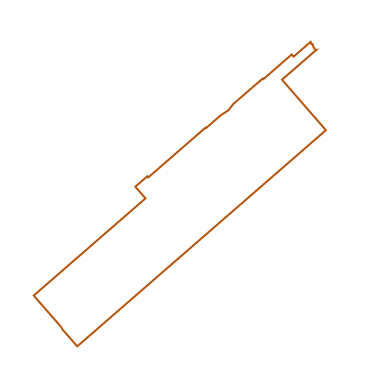 the district of Navajo, Arizona, United States of America, rotated 229°
{"feature_id": "52423323B83526967033235", "entity_name": "Navajo", "entity_type": "district", "adm_level": 2, "iso_a3": "USA", "parent_name": "United States of America", "parent_adm1": "Arizona", "projection": "mercator", "projection_center": [-110.189, 35.286], "detail": "fine", "context": "isolated", "style": "outline", "palette": "amber", "viewbox_px": 384, "rotation_deg": 229, "n_neighbors": 0, "source": "geoboundaries", "source_scale": "gbopen_adm2", "svg_char_len": 627}
<svg xmlns="http://www.w3.org/2000/svg" viewBox="0 0 384 384"><g transform="rotate(229 192 192)"><path d="M150.8,4.1L150.8,36.5L150.8,218.1L150.8,255.6L150.8,255.9L150.8,303.1L150.8,305.0L150.8,333.6L217.7,333.6L217.7,379.0L218.1,378.4L221.3,378.7L224.6,380.0L225.3,379.2L227.5,380.0L227.5,357.5L230.4,357.5L230.3,320.0L231.2,320.0L231.3,302.9L231.3,282.4L231.3,280.8L229.8,273.1L231.1,263.6L231.0,244.5L231.7,244.5L231.7,228.9L231.7,206.6L231.7,168.6L233.2,168.6L233.2,152.7L217.7,152.7L217.7,4.7L215.8,4.6L175.8,4.7L174.0,4.1L173.1,4.0L164.3,4.1L161.9,4.1L150.8,4.1Z" fill="none" stroke="#b45309" stroke-width="2"/></g></svg>